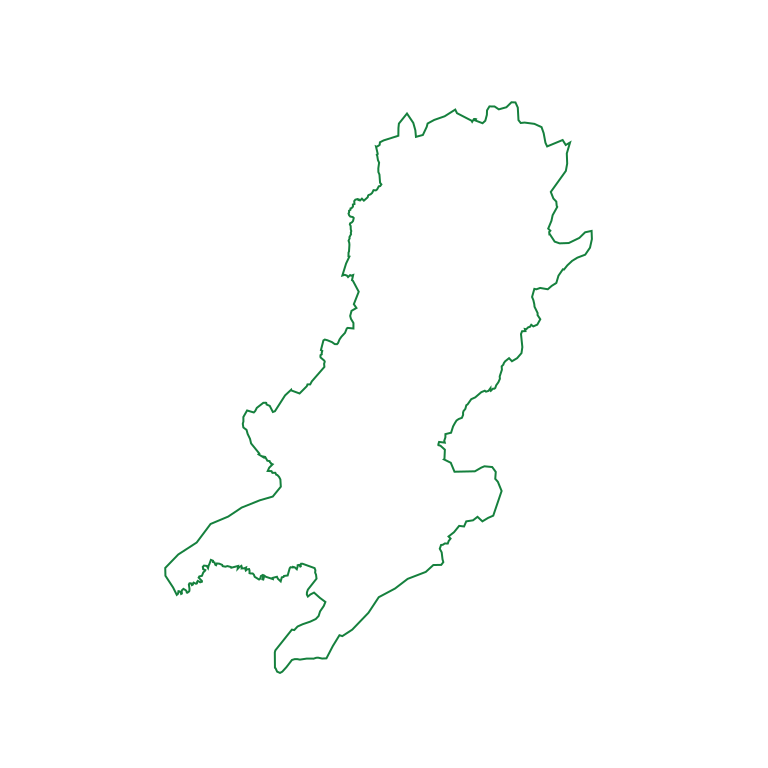 outline of Kota Metro, Lampung, Indonesia, rotated 195°
{"feature_id": "22746128B64737377738458", "entity_name": "Kota Metro", "entity_type": "district", "adm_level": 2, "iso_a3": "IDN", "parent_name": "Indonesia", "parent_adm1": "Lampung", "projection": "equal_earth", "projection_center": [105.315, -5.118], "detail": "fine", "context": "isolated", "style": "outline", "palette": "green", "viewbox_px": 768, "rotation_deg": 195, "n_neighbors": 0, "source": "geoboundaries", "source_scale": "gbopen_adm2", "svg_char_len": 6141}
<svg xmlns="http://www.w3.org/2000/svg" viewBox="0 0 768 768"><g transform="rotate(195 384 384)"><path d="M266.8,665.4L270.3,661.9L274.6,665.9L287.9,655.7L290.5,658.8L294.7,667.6L298.3,672.9L306.1,674.2L315.9,672.9L319.5,671.5L322.4,673.7L326.3,685.6L329.9,690.0L333.8,689.1L337.4,683.0L344.2,679.0L349.1,680.7L354.0,679.4L355.3,675.0L354.3,670.6L354.3,664.5L356.3,661.4L364.0,662.2L363.7,663.6L364.7,663.6L365.7,663.2L366.7,660.1L367.6,661.0L383.6,664.5L386.2,667.5L394.7,658.3L403.8,652.1L409.3,646.9L409.3,643.4L410.9,634.6L417.1,631.0L419.4,637.2L423.3,643.8L431.8,651.2L437.0,639.4L436.3,635.0L434.4,627.5L447.4,619.2L450.5,616.4L450.1,613.9L450.9,612.8L452.6,611.2L453.2,611.3L449.6,604.6L450.3,603.5L449.6,602.7L447.8,598.7L446.0,596.5L445.3,590.8L444.3,587.3L442.6,585.1L439.9,577.4L438.2,576.1L438.9,574.2L440.2,573.6L441.0,570.2L442.0,568.9L444.3,568.5L444.9,565.5L446.1,563.7L447.7,562.6L448.1,562.0L448.1,560.1L450.9,555.9L453.3,557.3L454.6,555.1L456.1,555.1L456.0,555.7L457.4,555.8L459.4,554.6L460.1,552.9L459.1,550.2L460.5,549.3L459.9,547.3L460.8,545.6L461.8,544.9L461.5,543.6L462.6,542.3L462.1,540.6L462.4,539.5L461.3,537.9L459.9,537.0L457.4,537.2L456.2,536.5L456.1,533.5L456.8,531.9L458.3,530.4L458.3,529.3L457.1,528.0L456.1,524.7L455.2,523.3L455.2,521.4L454.6,520.2L455.4,516.9L454.9,515.9L455.3,513.2L454.1,511.4L453.4,509.4L452.1,502.9L452.3,501.9L451.4,498.2L450.4,498.2L451.8,490.6L452.3,478.0L450.2,479.3L447.8,479.1L446.4,478.0L444.9,480.4L443.8,480.1L442.0,481.3L441.8,476.0L440.7,475.6L432.3,466.6L433.8,453.3L430.3,450.3L434.3,446.3L434.3,441.0L432.8,438.4L429.3,435.0L427.9,429.7L433.6,428.8L434.3,428.0L434.9,423.3L437.4,418.6L438.5,415.5L439.0,411.6L439.7,410.3L441.9,409.8L445.1,411.0L450.0,411.6L452.7,411.6L453.8,410.4L453.7,400.4L452.2,400.0L452.2,397.7L451.8,396.5L452.8,395.4L452.5,394.0L452.1,393.2L447.7,391.1L447.0,390.2L447.1,388.0L446.0,385.1L454.4,367.9L455.2,364.5L457.8,363.8L458.0,361.9L463.1,353.0L471.9,353.8L472.2,354.4L476.6,347.4L482.3,329.5L484.1,328.2L488.7,333.3L492.1,333.8L492.9,335.3L493.3,335.3L495.7,334.6L500.7,328.0L501.4,324.6L502.4,322.8L509.4,323.0L511.3,315.7L510.1,311.4L510.1,309.0L508.6,305.6L504.9,304.1L502.8,300.5L499.2,296.3L497.0,292.2L486.5,284.6L487.0,283.6L481.5,282.0L481.8,282.7L479.9,282.8L476.8,279.7L474.5,279.9L473.9,278.9L472.9,278.5L472.6,277.9L470.8,277.6L473.2,273.5L473.8,269.9L470.1,270.7L468.8,269.3L466.0,270.1L464.6,268.5L463.5,268.5L461.3,267.1L459.4,265.0L457.1,258.1L462.3,246.5L473.9,239.5L489.5,227.8L500.2,215.6L515.3,203.9L523.9,182.4L538.6,166.1L547.7,149.7L545.5,142.2L535.1,132.9L529.6,126.7L528.7,128.1L528.9,130.7L527.8,130.8L526.4,129.9L525.6,128.7L525.0,129.3L525.8,131.4L525.8,132.4L524.7,134.2L522.2,133.5L521.2,132.8L520.5,131.5L519.9,131.5L519.1,132.5L518.5,133.3L518.5,134.2L518.9,135.9L520.6,139.8L520.3,141.1L518.9,141.5L517.5,140.0L516.7,140.8L516.8,142.3L516.5,142.9L513.9,142.4L513.1,143.0L513.3,144.5L512.9,145.6L510.2,144.9L508.7,145.9L508.9,146.6L512.9,149.0L512.6,150.3L510.2,151.6L509.8,155.2L508.4,157.6L508.4,158.0L510.7,158.3L511.7,160.5L510.9,162.0L508.1,162.4L506.3,160.6L506.4,163.5L506.1,164.4L505.7,169.3L503.4,169.0L503.2,167.8L501.6,167.8L500.1,165.7L499.3,165.5L499.0,167.4L496.7,167.8L493.5,167.4L492.7,166.3L489.9,166.5L488.1,167.6L484.5,167.6L484.0,167.0L477.8,170.5L477.5,167.6L476.5,169.4L474.7,171.4L473.7,169.8L473.7,169.0L471.3,169.8L469.8,171.0L469.8,169.0L469.2,168.1L468.2,169.6L466.4,170.3L465.7,169.2L464.7,165.7L464.6,166.3L461.8,167.0L460.3,166.1L459.0,164.3L454.1,162.8L453.2,163.9L453.2,166.6L451.7,168.1L451.0,167.7L450.9,163.9L450.0,163.9L450.0,167.9L448.1,167.2L440.9,166.8L441.4,167.9L437.5,170.1L436.2,168.5L432.7,166.6L432.7,170.8L431.1,171.6L430.9,172.7L427.5,174.1L427.4,181.6L426.9,182.8L424.6,183.2L424.6,183.8L422.8,183.8L420.3,182.5L420.2,185.1L420.5,186.6L419.2,187.3L417.6,186.0L417.2,186.4L417.7,187.7L417.6,188.9L416.3,189.3L403.4,188.2L402.1,186.4L401.7,184.0L400.3,182.2L398.8,178.5L404.3,165.7L404.5,162.8L404.0,160.6L402.5,159.0L400.6,161.7L397.6,164.4L390.5,160.8L384.2,158.3L384.7,154.1L386.9,147.8L387.1,143.0L389.1,139.3L393.7,135.4L400.4,130.9L404.7,127.4L407.0,123.1L409.4,122.9L420.0,98.6L420.0,96.5L415.9,81.7L415.1,81.3L412.8,78.5L409.7,78.0L407.8,79.8L405.0,85.2L401.5,93.6L399.1,95.1L396.6,95.8L393.9,96.0L387.5,98.8L380.9,100.5L378.6,102.0L376.9,102.6L372.7,102.8L368.6,104.1L365.6,117.7L362.0,129.8L359.0,129.7L351.1,138.5L339.8,159.0L333.9,176.7L320.4,189.3L310.7,201.9L295.0,213.3L289.5,221.9L281.9,224.1L280.6,227.3L282.1,229.8L284.7,236.3L287.5,239.3L287.2,243.3L285.6,243.9L284.0,245.7L281.1,246.4L280.9,249.1L279.7,251.9L282.2,253.4L278.0,259.0L274.7,266.4L269.8,267.1L269.0,272.6L262.7,275.4L259.3,279.9L253.4,276.8L248.8,281.6L244.4,285.1L242.7,311.1L248.7,319.0L252.0,321.2L253.3,328.0L258.0,331.8L265.7,330.5L268.3,328.5L273.6,323.2L293.2,317.5L299.1,325.2L306.6,326.7L306.2,327.2L308.2,336.3L313.5,339.0L315.6,339.0L315.9,339.8L315.8,342.3L310.1,343.1L311.1,344.8L310.9,348.4L311.7,351.5L306.6,354.3L306.3,360.9L305.4,364.6L304.5,367.5L302.8,369.5L300.0,371.5L299.6,374.7L300.2,376.6L300.2,378.4L299.0,381.0L299.0,384.8L298.0,385.9L295.8,391.9L292.4,394.7L287.9,401.3L284.9,403.6L283.5,403.0L281.3,404.4L280.1,407.5L279.5,405.3L279.1,405.0L277.6,407.6L276.1,408.1L275.5,409.0L275.3,411.8L274.0,415.2L273.4,419.0L274.2,421.3L273.8,428.3L274.9,431.5L273.7,433.6L273.7,435.0L272.9,437.2L269.9,441.3L266.3,439.1L262.1,443.4L259.2,449.4L259.9,455.4L264.6,467.7L264.3,470.7L261.1,471.7L262.2,473.6L260.8,473.7L259.3,476.2L257.9,476.9L257.1,479.3L254.7,478.3L251.3,481.0L249.8,487.0L253.5,490.3L254.0,492.3L258.6,497.6L259.5,500.0L261.4,503.6L263.5,506.4L263.4,514.8L261.4,514.9L258.0,517.2L250.3,517.9L247.4,522.2L243.7,526.2L243.5,533.8L240.9,541.1L239.8,541.1L237.6,546.1L234.1,551.7L229.9,556.1L223.1,561.0L220.3,569.0L220.7,577.8L223.1,585.6L229.0,582.6L233.1,575.7L242.0,568.0L250.8,565.3L256.0,565.7L262.6,571.6L263.0,571.4L263.8,573.6L263.0,575.1L265.6,576.6L264.5,585.0L264.8,590.7L262.5,599.9L263.3,600.8L264.8,604.8L268.4,607.0L272.6,612.7L263.5,636.9L264.1,644.3L267.1,654.0L266.8,665.4Z" fill="none" stroke="#15803d" stroke-width="2"/></g></svg>